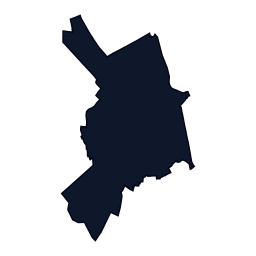 Maiduguri, Borno, Nigeria
{"feature_id": "59680162B20780696540875", "entity_name": "Maiduguri", "entity_type": "district", "adm_level": 2, "iso_a3": "NGA", "parent_name": "Nigeria", "parent_adm1": "Borno", "projection": "robinson", "projection_center": [13.133, 11.834], "detail": "fine", "context": "isolated", "style": "filled", "palette": "ink", "viewbox_px": 256, "rotation_deg": 0, "n_neighbors": 0, "source": "geoboundaries", "source_scale": "gbopen_adm2", "svg_char_len": 2647}
<svg xmlns="http://www.w3.org/2000/svg" viewBox="0 0 256 256"><path d="M81.1,126.4L80.8,128.0L80.7,129.0L80.8,130.2L80.9,130.8L82.2,134.5L82.6,135.4L81.9,135.8L81.1,136.5L81.5,137.4L82.0,138.7L82.8,138.4L83.5,140.4L83.6,140.7L83.8,141.2L84.0,141.4L84.2,142.5L86.1,144.8L86.3,146.1L86.5,149.2L87.2,149.1L87.4,151.4L87.6,153.0L87.5,154.1L87.5,154.6L87.5,155.1L87.6,155.7L88.0,156.6L89.0,156.2L89.1,156.5L89.4,157.3L89.9,159.2L90.2,159.6L90.8,159.2L91.3,158.9L91.7,158.6L91.9,158.5L92.9,157.7L92.9,160.3L93.2,165.4L66.9,188.9L61.7,193.5L69.1,202.8L67.9,209.7L72.8,219.8L78.3,222.5L84.5,222.3L92.3,237.4L95.3,240.6L98.5,235.8L101.0,232.1L105.8,222.2L110.6,212.2L118.0,215.7L120.1,207.8L121.4,199.9L121.9,196.0L121.0,192.3L122.3,190.8L122.9,189.7L123.7,188.0L124.2,186.8L124.7,185.4L126.7,186.9L129.7,189.1L132.9,190.7L133.1,189.7L133.8,187.2L134.4,185.3L136.0,185.7L137.1,185.8L138.6,185.9L139.2,183.4L140.0,183.6L140.1,183.2L140.1,181.9L140.9,181.8L142.3,181.8L142.7,181.8L142.8,181.1L142.9,179.7L142.9,178.8L143.3,177.8L146.0,175.9L147.2,174.7L147.8,176.2L150.1,176.1L151.9,175.9L153.8,175.8L156.6,175.9L156.5,178.1L156.7,178.9L157.9,178.7L158.5,178.7L160.0,178.7L160.4,177.5L161.5,177.0L162.4,176.8L163.6,175.9L165.4,175.5L166.4,174.6L168.1,173.8L170.7,172.6L169.9,170.9L168.5,168.1L170.4,166.7L171.6,165.9L173.0,163.6L176.0,161.1L177.0,162.0L178.1,162.1L178.7,162.1L179.8,161.9L181.5,160.4L182.5,160.0L183.2,160.0L184.1,160.5L185.3,160.9L186.5,161.7L187.8,162.8L188.7,163.5L189.4,164.4L190.3,169.2L191.6,168.6L192.9,167.5L194.3,166.3L193.7,165.7L192.6,163.9L191.9,162.6L191.4,160.9L190.4,155.0L189.0,147.2L188.2,142.6L186.2,133.9L185.9,131.6L185.1,127.9L185.0,127.6L184.4,124.6L183.8,121.6L182.6,115.2L181.8,111.9L181.2,107.9L181.1,107.2L179.7,106.1L183.4,102.1L185.1,100.1L185.6,99.2L186.2,98.3L186.9,98.1L187.3,97.8L187.8,96.5L188.4,95.9L189.5,95.7L188.7,93.9L187.8,91.6L187.2,91.7L185.7,92.0L183.9,92.9L183.2,93.0L180.9,92.2L178.7,91.2L175.1,89.7L173.1,89.0L171.5,88.0L171.0,87.5L169.4,84.5L169.0,82.1L169.0,80.2L169.3,76.7L167.1,67.8L162.1,55.4L157.4,37.2L155.0,34.4L154.3,35.8L153.6,36.4L153.0,36.7L151.6,37.2L151.2,36.2L150.0,35.2L149.5,33.3L137.2,40.5L117.8,50.9L113.3,53.2L107.0,56.9L104.8,54.1L98.7,47.2L93.9,40.0L88.6,31.6L81.1,18.4L80.1,15.4L74.7,17.7L70.4,19.2L71.4,23.7L72.2,27.9L72.4,32.2L63.1,31.0L63.0,42.1L85.5,66.6L93.8,75.5L97.1,79.8L96.4,80.7L96.0,81.7L96.0,82.6L96.4,83.6L100.9,88.3L99.9,90.2L98.4,91.7L96.0,95.4L97.6,97.1L100.1,99.5L97.2,102.4L94.4,106.3L90.9,108.4L88.5,109.4L86.6,111.6L86.1,115.1L86.8,122.5L86.4,126.9L86.2,126.9L83.5,126.8L81.8,126.6L81.1,126.4Z" fill="#0f172a" stroke="#020617" stroke-width="1.5"/></svg>